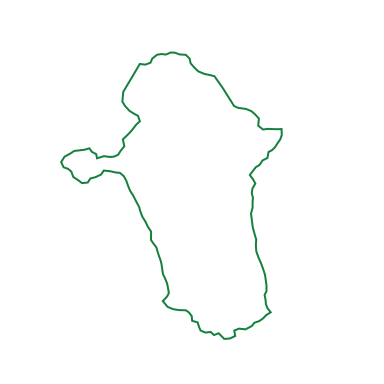 Varre-Sai, Rio de Janeiro, Brazil, rotated 120°
{"feature_id": "56859067B95050923998362", "entity_name": "Varre-Sai", "entity_type": "district", "adm_level": 2, "iso_a3": "BRA", "parent_name": "Brazil", "parent_adm1": "Rio de Janeiro", "projection": "albers", "projection_center": [-41.823, -20.893], "detail": "fine", "context": "isolated", "style": "outline", "palette": "green", "viewbox_px": 384, "rotation_deg": 120, "n_neighbors": 0, "source": "geoboundaries", "source_scale": "gbopen_adm2", "svg_char_len": 2106}
<svg xmlns="http://www.w3.org/2000/svg" viewBox="0 0 384 384"><g transform="rotate(120 192 192)"><path d="M256.8,63.7L254.8,68.7L252.2,71.9L248.6,74.4L244.8,77.7L240.6,77.9L235.8,80.7L231.6,83.9L227.3,87.3L223.9,91.0L219.6,96.1L215.3,101.9L211.3,106.6L206.3,110.0L201.1,112.6L196.7,117.2L192.2,121.7L186.6,126.0L181.2,130.1L175.2,131.7L170.8,134.3L166.4,136.4L163.4,139.5L158.8,141.4L153.0,141.4L150.5,145.5L148.4,150.4L143.3,149.8L138.5,149.1L134.8,147.0L129.4,146.7L124.8,143.7L119.1,145.7L115.9,143.7L111.9,142.5L106.9,142.3L102.3,141.9L97.9,142.7L92.7,145.9L94.7,149.1L96.9,153.0L99.3,157.7L102.4,161.8L101.5,167.8L94.9,170.8L93.1,176.6L92.3,181.1L93.1,186.9L96.0,193.8L96.5,198.6L94.5,202.3L86.3,217.9L80.5,230.5L81.7,234.7L83.5,240.2L84.4,246.9L83.0,252.5L81.2,257.6L77.7,260.7L76.3,266.0L79.1,271.6L79.9,276.5L81.9,280.2L86.1,283.4L87.7,287.3L90.6,290.9L96.3,293.1L100.8,292.6L105.1,296.2L107.2,301.2L139.6,301.6L143.8,299.7L148.5,297.5L151.0,293.0L153.0,286.6L153.2,281.7L153.0,276.9L156.8,272.5L161.6,274.0L169.0,275.0L174.6,276.3L181.0,278.2L186.2,273.5L192.1,274.4L196.7,274.6L200.4,277.3L202.7,280.6L205.0,286.2L210.3,291.1L207.1,293.9L207.3,298.8L205.5,302.7L209.2,306.3L212.3,310.4L215.3,314.5L219.5,316.6L225.1,320.0L231.5,320.3L234.8,315.6L233.9,310.8L234.7,306.7L238.4,302.2L238.7,296.3L239.3,291.7L235.9,287.0L231.1,286.8L227.3,282.9L222.3,279.5L217.5,279.1L214.9,273.1L213.1,267.5L211.5,264.0L212.4,258.9L215.3,254.3L218.9,250.1L221.9,246.2L224.5,241.1L228.7,234.7L231.3,230.4L234.4,227.3L238.3,222.5L240.9,217.6L244.0,213.1L246.8,207.6L250.5,205.5L254.0,203.6L255.9,199.7L257.7,195.3L261.4,191.4L264.2,188.3L266.6,185.4L269.4,182.6L273.2,179.6L277.6,176.1L280.4,172.0L283.7,167.8L287.9,164.1L291.1,161.5L294.8,161.3L301.1,162.7L303.7,155.6L302.9,149.8L300.7,144.0L297.5,138.2L297.9,134.1L299.7,130.1L303.5,127.5L302.1,121.9L305.3,118.5L307.7,115.3L307.0,110.0L303.9,105.9L304.9,101.4L301.0,98.3L303.1,90.6L299.9,85.9L295.1,82.6L290.9,86.1L286.9,83.1L284.2,77.0L278.2,73.2L274.0,72.6L270.3,69.3L265.8,67.2L261.6,66.2L256.8,63.7Z" fill="none" stroke="#15803d" stroke-width="2"/></g></svg>